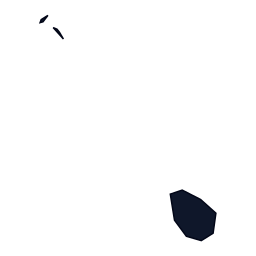 the border of Atiu
{"feature_id": "COK-4950", "entity_name": "Atiu", "entity_type": "state/province", "adm_level": 1, "iso_a3": "COK", "parent_name": "Cook Islands", "parent_adm1": "", "projection": "equal_earth", "projection_center": [-158.198, -19.915], "detail": "fine", "context": "isolated", "style": "filled", "palette": "ink", "viewbox_px": 256, "rotation_deg": 0, "n_neighbors": 0, "source": "natural_earth", "source_scale": "10m", "svg_char_len": 342}
<svg xmlns="http://www.w3.org/2000/svg" viewBox="0 0 256 256"><path d="M215.9,213.2L213.1,233.2L201.3,240.6L186.4,236.3L174.5,220.2L170.3,194.1L182.2,190.1L200.6,199.5L215.9,213.2ZM63.4,39.0L53.2,27.6L57.0,29.2L59.4,32.2L63.4,39.0ZM47.9,15.4L43.0,21.8L40.1,22.6L41.2,19.6L47.9,15.4Z" fill="#0f172a" stroke="#020617" stroke-width="1.5"/></svg>